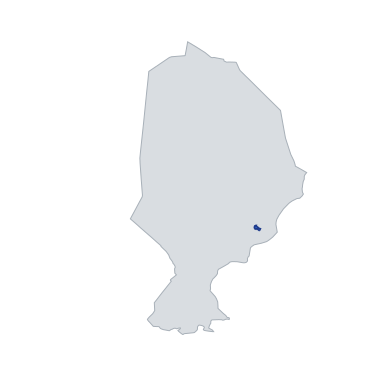 location of Zinder, Zinder, Niger, rotated 311°
{"feature_id": "23599985B17840081467963", "entity_name": "Zinder", "entity_type": "district", "adm_level": 2, "iso_a3": "NER", "parent_name": "Niger", "parent_adm1": "Zinder", "projection": "natural_earth1", "projection_center": [8.977, 13.754], "detail": "fine", "context": "in_parent", "style": "filled", "palette": "blue", "viewbox_px": 384, "rotation_deg": 311, "n_neighbors": 0, "source": "geoboundaries", "source_scale": "gbopen_adm2", "svg_char_len": 3722}
<svg xmlns="http://www.w3.org/2000/svg" viewBox="0 0 384 384"><g transform="rotate(311 192 192)"><path d="M281.9,265.8L279.1,265.9L277.4,266.5L275.3,268.3L273.0,269.0L270.1,270.7L268.3,272.0L266.6,273.0L264.3,275.5L263.5,277.4L261.2,277.7L258.0,277.4L255.9,275.5L251.1,273.5L248.0,272.7L246.6,272.5L239.3,272.1L231.5,272.9L227.5,273.8L226.8,274.0L224.5,275.2L222.6,276.6L217.6,282.7L210.9,282.5L207.0,281.8L203.6,280.9L198.9,278.0L193.0,273.6L190.8,273.0L188.8,272.7L188.1,272.8L181.1,277.1L179.8,277.0L178.1,277.5L177.1,278.6L176.3,279.1L175.4,279.2L174.3,279.0L173.3,278.3L172.2,277.1L169.3,272.3L168.7,271.4L167.5,270.0L165.5,267.7L164.1,266.7L163.2,266.4L162.2,266.6L156.6,264.7L151.1,262.7L149.8,262.9L149.0,263.3L147.0,264.8L144.7,265.1L141.9,265.0L140.3,264.8L137.7,265.3L136.0,265.9L133.8,266.9L130.9,269.7L130.0,270.0L129.3,270.5L128.3,278.1L127.5,280.4L126.0,283.4L123.1,286.3L121.2,288.0L121.1,290.3L120.9,294.2L120.9,296.8L121.0,298.6L120.7,299.4L120.5,300.1L120.6,301.2L121.1,301.8L121.4,302.5L121.2,303.1L120.2,303.7L119.2,302.0L117.9,300.8L116.5,300.2L115.5,299.4L115.0,298.1L113.1,295.8L108.7,291.1L108.3,290.9L107.5,290.8L106.3,291.3L105.5,292.1L105.0,292.4L104.2,292.4L102.1,293.0L100.4,293.8L100.4,294.4L101.2,298.0L100.8,299.9L100.0,299.0L97.6,295.4L96.0,292.8L95.7,292.2L95.5,291.2L95.6,290.8L96.3,290.6L97.8,290.2L98.1,289.9L98.2,289.2L98.0,287.8L97.1,286.0L96.3,284.8L95.8,284.5L94.9,284.5L93.9,284.6L92.0,286.1L91.2,286.4L89.3,286.3L87.5,286.0L86.5,285.2L83.4,282.3L80.0,279.1L78.6,278.7L78.3,278.3L78.1,275.9L78.1,273.0L78.3,272.2L79.8,272.7L81.3,272.9L81.8,272.4L80.6,271.3L78.8,270.3L78.2,268.7L77.7,268.2L76.9,267.6L76.0,267.3L75.1,266.9L74.5,266.4L73.5,266.2L72.4,265.9L70.9,263.3L69.4,260.8L68.6,258.8L68.3,257.6L68.7,255.6L68.3,254.8L66.6,252.8L65.2,250.9L65.6,247.9L65.9,245.5L66.0,243.9L66.2,243.1L66.4,242.1L67.3,241.8L69.7,241.8L74.3,242.2L78.0,241.7L80.8,239.0L83.7,236.2L88.0,236.0L92.7,235.7L96.4,235.5L101.7,235.3L106.1,235.1L111.1,234.9L111.2,233.7L111.5,233.4L112.0,233.3L115.7,234.0L119.2,234.6L119.5,232.3L122.5,229.3L124.2,228.7L124.7,228.1L125.2,227.1L125.6,225.6L125.7,224.4L126.4,223.5L126.9,221.8L127.5,218.9L129.2,215.7L130.2,211.5L130.4,207.4L130.6,204.3L131.1,203.7L131.1,198.2L131.2,192.6L131.2,187.9L131.2,182.1L131.2,176.9L131.3,171.4L131.3,166.4L131.3,163.1L134.8,162.3L138.4,161.5L143.7,160.3L149.4,159.0L155.7,157.6L157.1,156.7L161.8,151.9L163.9,149.8L168.1,145.5L171.4,142.2L175.6,138.0L179.9,133.7L183.4,130.4L188.9,126.5L197.2,120.7L205.4,115.0L213.7,109.2L221.9,103.4L230.1,97.6L238.3,91.8L246.5,86.1L254.7,80.3L262.9,82.5L270.8,84.6L278.7,86.7L280.6,87.8L284.8,91.9L290.2,97.2L290.5,97.3L295.8,94.2L302.5,90.2L304.4,101.1L305.8,110.5L306.0,116.5L306.1,118.0L306.6,119.1L307.9,120.2L312.9,128.8L311.9,130.3L312.7,133.0L314.0,134.2L318.2,139.3L318.8,140.3L318.5,141.1L315.7,147.2L315.2,148.7L314.7,156.4L314.4,161.9L313.9,169.4L313.3,178.3L312.8,185.9L312.2,195.9L311.6,205.3L307.4,210.5L300.0,219.7L294.0,227.2L291.0,232.2L285.1,242.0L282.4,248.4L280.4,251.7L279.3,253.1L280.3,257.7L281.9,265.8Z" fill="#d9dde1" stroke="#a8b0b8" stroke-width="1"/><path d="M205.9,264.4L206.4,264.2L206.5,264.1L206.6,263.9L206.6,264.0L206.6,264.5L206.4,264.7L206.4,264.9L207.3,265.0L206.9,265.5L206.9,266.0L207.2,266.2L207.1,266.5L206.9,266.8L207.0,267.9L207.6,267.9L208.1,268.2L208.5,267.9L209.2,267.8L208.9,266.8L208.6,266.2L208.6,265.2L208.5,264.9L208.7,264.7L208.6,264.3L208.5,263.3L208.5,262.9L208.7,262.7L209.1,262.5L208.7,262.0L208.1,261.9L207.8,261.6L207.1,261.7L206.4,262.1L206.6,262.5L206.1,262.5L205.9,262.6L205.7,262.9L205.8,263.1L205.8,263.3L205.7,263.6L205.5,263.9L205.7,264.0L205.9,264.2L205.9,264.4Z" fill="#3b82f6" stroke="#1e3a8a" stroke-width="1.5"/></g></svg>